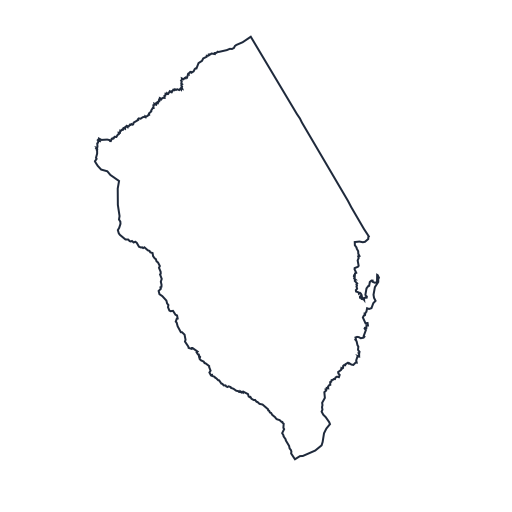 the district of Meatu, Simiyu, United Republic of Tanzania, rotated 330°
{"feature_id": "72390352B64411652351957", "entity_name": "Meatu", "entity_type": "district", "adm_level": 2, "iso_a3": "TZA", "parent_name": "United Republic of Tanzania", "parent_adm1": "Simiyu", "projection": "equal_earth", "projection_center": [34.38, -3.507], "detail": "fine", "context": "isolated", "style": "outline", "palette": "slate", "viewbox_px": 512, "rotation_deg": 330, "n_neighbors": 0, "source": "geoboundaries", "source_scale": "gbopen_adm2", "svg_char_len": 6001}
<svg xmlns="http://www.w3.org/2000/svg" viewBox="0 0 512 512"><g transform="rotate(330 256 256)"><path d="M337.1,354.6L337.3,351.2L338.4,348.3L343.4,342.4L348.9,339.6L350.4,337.0L351.6,336.3L351.8,333.4L351.5,332.9L347.7,339.2L345.6,338.6L344.1,336.7L344.7,335.6L343.8,335.0L341.6,335.4L339.1,338.4L338.4,338.1L335.5,339.3L331.4,344.2L331.2,345.2L331.7,346.5L331.0,347.4L329.1,346.5L328.3,346.7L327.7,348.0L327.4,345.2L326.7,345.0L326.5,346.3L326.0,346.0L325.8,344.2L325.3,344.0L325.7,343.2L326.8,342.9L327.0,344.7L327.9,342.8L328.0,341.0L327.7,340.1L326.3,340.2L326.7,338.9L324.9,336.8L325.4,335.5L327.2,334.9L327.8,332.6L328.6,332.2L328.8,330.8L329.9,330.4L329.1,327.0L329.9,325.9L330.3,326.1L329.8,324.6L330.6,324.1L330.6,322.5L330.9,322.2L331.2,323.2L333.0,320.6L334.4,320.7L334.7,316.8L335.4,315.8L338.8,316.3L340.0,315.8L341.8,310.7L344.0,309.0L344.3,307.4L345.6,307.7L345.7,305.2L346.9,302.9L346.9,300.0L347.3,298.9L347.0,296.1L348.5,293.3L352.8,295.2L355.4,297.5L357.4,298.2L361.7,297.4L362.8,295.7L363.5,295.5L363.0,286.5L362.9,261.3L363.2,254.2L362.5,163.3L362.8,158.9L362.4,153.4L361.1,63.5L351.3,64.2L344.5,63.4L342.7,63.6L340.9,64.8L338.7,64.7L336.9,63.5L333.7,63.1L325.6,60.6L324.9,59.9L323.4,60.3L321.8,59.6L321.3,60.5L318.7,58.4L317.5,58.6L316.2,58.0L316.1,58.6L314.9,58.7L313.5,57.9L312.8,58.8L309.1,58.5L306.8,60.0L302.7,60.2L298.2,63.8L297.5,63.3L296.4,63.5L294.3,64.9L291.6,65.0L291.2,64.3L291.5,63.9L291.2,63.7L288.9,64.3L288.5,65.1L288.1,64.5L285.4,67.1L284.5,66.3L283.9,66.9L283.3,66.2L281.6,66.7L280.6,65.2L280.3,66.0L278.8,66.7L279.0,67.6L277.6,69.2L277.9,70.2L277.2,70.2L276.6,71.0L276.7,72.2L276.1,72.4L275.8,74.1L275.3,73.3L274.4,74.5L274.1,73.3L272.5,73.9L271.1,72.2L269.8,72.2L269.2,71.1L268.3,71.6L267.6,70.6L265.0,72.0L264.8,71.1L264.2,71.3L263.7,70.2L260.8,71.8L260.3,71.5L260.2,70.4L259.4,70.8L258.8,70.2L257.6,71.8L256.7,71.6L255.9,73.4L254.5,72.5L253.0,72.7L252.4,72.0L252.4,72.7L251.9,73.0L251.6,72.3L251.4,72.9L250.8,72.6L250.9,71.7L249.8,72.5L249.5,73.7L248.4,73.5L247.7,74.3L247.4,73.5L246.2,73.6L246.1,74.5L245.2,75.1L244.1,73.3L243.7,74.3L242.5,74.1L241.3,76.6L240.6,76.2L238.0,77.6L237.6,78.4L234.7,79.0L234.1,80.2L233.6,79.8L232.6,80.4L230.3,80.4L230.0,79.8L229.6,80.5L228.9,79.6L227.2,79.2L224.7,79.4L223.2,78.2L222.0,78.6L221.9,79.3L216.8,79.3L215.4,80.6L214.6,80.5L214.1,79.5L213.0,79.8L212.7,79.2L210.4,80.1L209.4,79.0L209.0,79.9L208.4,78.8L207.1,79.0L206.4,80.1L206.0,79.1L205.2,78.9L204.6,79.3L204.9,79.8L203.7,80.2L203.0,79.6L201.4,80.1L201.1,79.6L199.7,81.3L198.7,80.5L198.1,81.9L196.8,81.9L194.6,83.1L193.3,82.1L191.6,82.9L191.4,82.4L190.4,82.8L189.7,82.3L187.7,83.9L187.1,83.5L187.0,82.3L185.4,80.8L180.2,78.2L178.9,76.1L178.4,77.5L177.9,76.2L177.0,76.5L177.6,78.1L176.7,77.8L175.8,78.9L174.8,79.1L173.5,81.8L172.4,83.1L172.0,82.6L172.0,83.1L171.4,83.1L171.7,84.3L171.1,84.6L171.1,85.3L169.6,87.9L166.5,91.0L166.5,92.2L163.9,93.4L163.8,94.5L164.0,98.8L165.1,103.7L169.6,108.3L170.4,113.0L174.9,122.6L170.0,128.4L161.9,142.7L157.8,153.2L155.6,155.9L155.7,158.4L154.7,160.4L151.6,163.2L149.3,164.5L148.5,167.8L148.7,169.6L151.2,176.4L153.6,177.9L154.0,179.9L154.8,180.8L156.1,181.0L156.8,183.1L158.6,183.3L159.3,184.9L159.3,189.5L160.7,191.2L161.7,191.5L162.2,192.7L163.7,192.7L165.2,197.1L166.3,198.3L166.3,200.0L167.9,201.7L166.8,204.7L167.1,207.5L167.7,208.6L167.2,210.9L167.9,212.6L167.7,216.6L166.1,217.7L165.5,222.1L164.6,223.7L163.7,224.0L162.9,228.7L160.7,230.7L159.8,233.7L158.7,235.4L157.6,235.3L157.2,236.8L154.2,237.6L153.3,240.8L154.8,243.9L156.1,249.8L155.3,252.6L155.6,254.7L154.2,256.3L153.7,259.9L154.4,261.1L156.7,262.0L156.9,266.6L157.9,268.0L156.9,271.0L156.0,270.7L153.7,272.7L154.0,273.9L153.0,277.7L152.8,284.4L153.8,285.0L154.8,288.4L153.1,293.3L151.7,294.6L152.1,300.7L151.7,301.9L153.8,304.2L154.4,303.6L155.0,303.9L157.6,309.6L156.4,309.8L156.5,312.2L157.2,312.8L156.5,314.3L156.9,314.4L157.1,315.5L156.7,315.8L156.3,315.2L155.7,317.1L156.2,318.9L157.9,321.3L157.9,323.1L158.6,323.6L160.4,327.9L159.9,328.8L159.3,332.6L157.4,333.6L157.3,336.5L158.3,336.9L157.7,337.5L159.7,339.9L159.8,341.1L160.4,341.9L161.2,344.8L161.9,345.3L162.2,349.2L163.0,349.9L163.3,351.9L164.9,352.8L165.0,354.0L165.8,355.2L167.1,355.2L168.5,356.8L168.4,357.7L170.1,359.7L171.5,362.8L173.1,364.2L173.2,365.0L174.0,365.7L174.6,365.2L175.2,366.9L175.8,366.7L176.4,367.9L177.2,367.2L180.0,371.6L179.4,374.0L180.1,375.3L180.7,375.3L180.7,377.4L182.1,379.7L183.2,380.2L183.6,382.6L184.3,383.1L185.1,385.8L187.4,387.9L189.8,394.8L189.4,395.8L190.0,396.7L189.8,398.4L190.6,399.5L190.6,401.6L192.0,405.4L192.0,406.6L192.6,408.0L194.4,409.9L195.0,412.0L195.8,412.8L195.5,413.3L196.1,415.1L193.8,418.5L193.8,420.0L190.1,422.5L190.1,425.1L189.7,426.0L190.0,429.6L189.6,430.6L189.7,437.0L188.9,439.5L189.2,441.4L188.9,443.0L187.7,444.6L188.1,451.5L194.0,451.3L196.6,452.6L210.0,454.1L218.1,452.8L220.7,450.4L226.3,443.5L230.7,440.6L236.0,438.6L236.3,436.4L235.8,430.4L234.9,427.1L235.0,423.6L236.7,422.3L237.6,419.9L239.0,418.4L239.9,416.2L244.7,413.3L247.1,408.1L249.4,407.6L249.6,406.4L250.3,406.7L251.2,405.6L252.4,406.7L253.1,405.1L255.0,404.4L255.9,404.7L257.2,402.3L258.3,402.5L259.4,401.3L260.7,401.7L261.7,401.4L262.8,402.1L264.1,401.0L265.8,401.0L267.2,402.4L269.0,400.8L268.6,399.0L269.1,397.6L272.7,397.2L273.9,395.8L274.3,396.6L275.4,396.5L276.5,394.8L277.5,394.5L278.6,395.2L279.1,394.5L282.2,394.4L282.6,395.6L283.1,395.4L284.3,397.7L285.8,399.0L289.0,398.1L289.9,398.7L290.6,396.5L293.4,394.0L294.5,394.4L294.4,393.8L295.1,394.6L296.1,392.8L296.3,391.4L297.0,391.6L297.8,390.6L297.4,389.0L297.6,388.0L299.3,385.7L299.3,383.9L300.5,380.1L300.2,378.2L300.9,378.1L301.4,376.3L303.1,376.6L304.5,377.7L305.6,379.6L308.3,380.5L309.5,380.1L309.2,379.2L314.1,375.1L313.8,373.1L314.4,372.7L315.5,373.6L317.0,371.3L318.2,372.1L319.1,369.8L317.2,369.0L317.8,362.7L319.6,361.5L320.6,361.7L321.1,360.6L321.4,361.0L322.5,359.8L323.7,359.5L326.1,356.8L327.4,358.4L329.9,358.9L334.0,355.5L337.1,354.6Z" fill="none" stroke="#1e293b" stroke-width="2"/></g></svg>